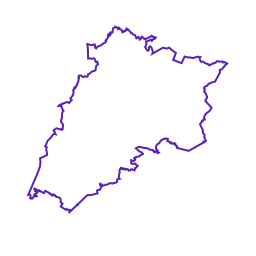 outline of Cuautepec de Hinojosa, Hidalgo, Mexico, rotated 14°
{"feature_id": "50627088B81322224704661", "entity_name": "Cuautepec de Hinojosa", "entity_type": "district", "adm_level": 2, "iso_a3": "MEX", "parent_name": "Mexico", "parent_adm1": "Hidalgo", "projection": "albers", "projection_center": [-98.287, 19.97], "detail": "fine", "context": "isolated", "style": "outline", "palette": "violet", "viewbox_px": 256, "rotation_deg": 14, "n_neighbors": 0, "source": "geoboundaries", "source_scale": "gbopen_adm2", "svg_char_len": 5702}
<svg xmlns="http://www.w3.org/2000/svg" viewBox="0 0 256 256"><g transform="rotate(14 128 128)"><path d="M97.6,214.9L97.2,214.4L98.2,213.5L104.7,203.1L109.2,201.6L114.2,198.8L113.1,196.2L113.6,195.6L115.6,194.8L116.4,191.9L114.2,189.2L114.3,189.0L114.5,189.3L115.4,189.6L116.3,189.1L117.3,190.2L122.7,187.1L123.1,186.2L124.7,185.7L126.3,185.7L128.9,184.2L129.6,183.8L130.4,182.7L129.9,181.3L130.0,180.4L131.9,179.4L131.5,179.3L130.7,176.6L130.7,173.4L130.0,170.7L130.7,168.4L134.8,168.3L133.8,169.1L136.0,168.9L136.5,168.2L137.8,168.1L138.3,168.4L138.8,169.2L140.4,168.6L140.9,167.5L142.1,167.0L142.9,167.4L144.7,167.4L144.5,165.2L145.4,164.6L146.6,162.5L146.2,162.1L145.1,162.0L143.9,160.9L143.2,160.8L141.2,161.8L139.6,161.4L139.4,161.1L139.4,160.4L138.8,158.5L139.6,158.4L140.5,158.8L142.1,158.3L142.4,157.5L141.7,156.1L142.5,156.3L142.6,156.1L142.2,154.9L142.5,154.3L146.1,152.6L146.2,151.8L147.4,151.0L148.0,149.7L148.6,149.8L148.8,149.6L148.4,149.1L146.7,148.3L145.0,148.1L140.6,145.8L142.1,144.3L143.6,143.5L144.6,143.8L145.3,143.3L147.7,143.5L148.8,143.4L149.3,143.1L150.4,143.2L152.2,143.0L154.7,143.8L157.3,143.3L157.9,144.1L159.3,144.9L159.6,144.2L160.2,144.8L160.8,143.9L161.2,144.0L163.1,145.2L163.8,144.4L163.1,144.2L162.3,143.3L162.3,143.0L160.1,141.1L159.7,139.4L159.8,138.2L160.4,136.6L161.9,135.3L162.9,132.3L165.2,129.9L165.9,130.0L166.4,129.3L167.1,129.3L167.4,128.9L167.9,129.1L168.7,128.9L169.3,129.0L169.4,131.3L170.2,131.0L171.1,131.1L172.0,132.1L172.6,132.1L173.1,131.6L173.7,132.6L174.1,132.3L175.2,132.2L176.5,132.4L176.6,131.5L177.9,132.0L178.0,132.6L178.7,133.6L179.5,133.5L180.2,134.0L180.2,135.5L192.4,135.5L203.5,125.1L204.2,124.1L204.5,123.1L205.3,123.6L205.7,122.7L206.7,121.6L204.2,118.5L204.1,117.0L203.7,115.8L202.0,114.6L201.6,114.0L201.4,112.3L196.9,106.9L197.8,104.9L198.1,103.1L198.9,103.3L199.4,100.8L200.3,100.9L200.0,100.3L199.7,100.2L199.3,99.0L199.2,97.9L199.4,97.1L200.0,96.3L200.1,95.3L200.7,94.8L200.9,94.1L202.3,92.8L203.5,90.7L204.2,88.2L196.4,82.9L197.4,79.2L196.4,77.4L194.7,75.3L193.2,74.3L193.5,73.9L193.3,73.0L193.0,72.8L193.0,70.9L192.8,71.4L192.2,71.0L192.5,70.6L192.2,69.8L194.7,67.6L195.3,65.9L195.8,65.4L199.5,62.7L201.2,62.0L203.8,52.0L203.0,49.4L203.8,49.1L204.8,48.2L205.8,46.5L206.3,45.1L206.8,44.8L207.0,43.5L208.6,41.7L208.0,41.4L208.0,41.1L205.3,40.8L204.6,41.4L204.1,41.5L203.6,40.6L200.5,41.5L198.2,41.6L197.7,42.1L197.4,43.1L196.8,43.8L195.1,44.5L194.8,45.2L194.1,45.3L192.1,47.5L191.7,47.5L190.9,46.8L190.2,46.9L189.5,46.5L187.0,46.5L185.2,45.5L184.2,45.5L183.1,46.1L182.4,45.8L180.8,43.5L180.7,42.5L181.0,41.8L179.6,42.1L178.7,41.8L174.1,44.4L172.4,44.4L168.8,45.0L165.6,45.0L164.3,52.1L155.4,51.0L156.3,43.6L153.6,42.6L148.5,40.1L146.1,41.6L142.5,41.6L133.7,50.0L133.9,48.9L133.6,47.8L131.4,44.4L130.0,43.4L129.3,43.6L129.2,44.3L128.8,44.8L129.4,46.6L128.9,47.2L129.1,48.3L129.5,48.6L127.2,47.6L125.7,45.9L125.2,45.5L125.4,45.3L125.2,44.4L125.6,42.0L125.0,41.1L125.1,40.3L124.6,39.7L128.2,37.5L128.7,36.7L129.2,36.8L130.1,37.6L130.8,35.9L132.3,35.1L133.0,34.0L133.3,33.9L132.7,33.9L132.9,33.6L131.5,33.3L130.9,33.5L129.9,33.2L129.6,33.4L128.6,32.9L128.5,33.3L123.1,37.8L122.5,37.8L121.9,37.0L120.8,37.0L120.1,36.2L119.3,36.0L119.0,38.1L117.9,39.4L116.8,37.4L115.7,37.2L115.1,38.5L114.5,39.0L112.3,36.2L110.1,36.0L108.7,35.0L107.9,35.1L106.7,33.9L104.0,32.3L103.6,32.8L102.5,32.0L102.0,34.5L101.3,35.1L101.0,34.7L100.7,34.8L100.0,36.0L99.4,36.5L98.6,34.8L96.7,34.0L95.4,34.1L95.2,33.3L95.3,33.0L94.5,32.8L94.1,34.2L92.8,33.3L91.2,32.7L91.2,33.3L89.3,35.0L89.9,39.1L88.0,39.4L87.7,39.9L88.1,40.5L87.7,40.6L88.5,41.5L88.4,41.8L88.1,42.3L88.1,42.1L87.0,41.4L86.8,42.1L86.1,42.2L86.5,44.5L86.2,46.4L85.2,48.4L85.8,48.6L85.9,49.3L84.8,51.0L83.6,51.8L83.3,52.6L82.3,53.4L81.8,54.3L80.4,55.4L79.9,55.5L77.7,57.6L78.0,57.9L77.8,58.5L77.0,58.2L76.0,56.9L76.0,55.3L75.7,55.1L74.2,55.4L72.5,56.5L68.3,56.4L69.9,60.9L72.5,70.2L73.9,69.6L75.7,69.8L77.8,68.7L78.4,68.7L79.0,69.1L79.8,70.6L81.2,71.9L82.0,71.9L82.2,71.4L83.5,73.2L83.4,73.7L82.4,74.9L82.1,75.9L82.5,79.2L81.9,80.5L79.3,82.0L77.6,84.5L76.5,85.3L76.2,86.3L76.4,87.4L76.0,88.1L75.4,88.3L73.9,88.1L73.0,89.1L72.3,89.4L69.4,88.5L68.7,88.5L67.8,89.1L67.5,90.3L68.0,90.5L68.2,91.0L68.3,91.5L68.1,91.9L68.4,92.2L68.5,94.7L68.1,97.6L68.3,98.3L67.6,99.1L67.5,101.0L66.9,101.7L66.5,101.5L66.2,102.1L66.9,102.3L65.6,104.7L66.2,105.0L66.4,105.6L66.5,107.7L66.9,108.9L66.3,109.7L66.1,111.0L65.0,112.9L65.4,113.1L65.6,113.9L66.6,114.4L64.7,118.0L63.6,117.5L62.5,117.7L61.8,118.1L58.9,120.2L58.7,120.1L58.5,120.6L57.0,121.4L55.7,122.7L55.4,123.4L57.8,122.7L59.9,125.7L61.3,127.1L60.7,128.0L60.5,129.2L60.8,132.0L61.6,133.8L61.1,136.0L61.2,137.1L61.6,138.1L62.9,139.5L64.1,140.4L64.4,141.0L64.8,145.5L63.9,145.6L63.6,145.3L63.2,145.7L58.9,145.6L58.2,146.0L56.4,148.4L58.2,150.0L59.2,151.5L58.2,151.3L56.9,152.3L55.8,155.2L53.0,160.2L52.6,163.7L52.1,165.8L53.8,166.3L53.6,167.3L54.1,169.2L55.5,171.9L56.0,173.7L50.0,178.8L51.2,181.8L51.9,186.5L51.3,192.8L47.4,217.0L48.6,216.5L49.2,216.5L49.9,217.4L50.0,219.7L50.7,220.0L51.2,219.5L51.8,219.8L52.2,219.6L53.0,217.4L53.7,217.0L55.0,216.8L55.8,216.2L53.2,215.4L53.5,214.8L54.7,214.1L55.1,213.3L55.6,212.9L55.6,212.4L55.1,212.1L54.4,212.3L53.6,211.6L53.2,211.6L53.3,210.8L51.7,209.7L51.8,209.4L54.2,209.9L55.4,210.8L56.7,209.9L57.3,210.2L57.4,210.8L58.5,210.5L62.1,211.6L62.9,209.0L67.8,210.2L67.7,210.6L68.9,210.8L70.6,211.9L71.1,210.9L71.9,211.2L72.2,210.5L73.1,210.8L73.0,211.1L74.9,211.8L74.8,212.0L75.2,212.2L78.1,212.1L79.3,212.7L80.3,214.7L80.7,216.3L82.7,217.2L81.7,220.5L87.5,222.4L87.9,221.4L90.0,222.1L91.4,221.4L91.7,221.7L91.3,223.7L91.3,223.9L91.5,224.0L97.2,215.0L97.6,214.9Z" fill="none" stroke="#5b21b6" stroke-width="2"/></g></svg>